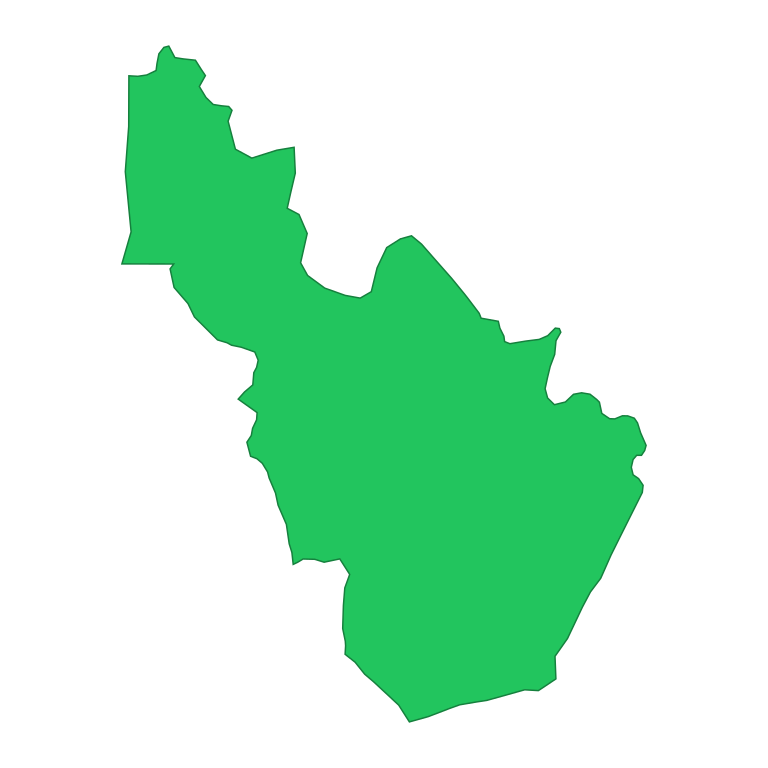 Sapele, Delta, Nigeria (Natural Earth projection)
{"feature_id": "59680162B63156374952276", "entity_name": "Sapele", "entity_type": "district", "adm_level": 2, "iso_a3": "NGA", "parent_name": "Nigeria", "parent_adm1": "Delta", "projection": "natural_earth1", "projection_center": [5.624, 5.87], "detail": "fine", "context": "isolated", "style": "filled", "palette": "green", "viewbox_px": 768, "rotation_deg": 0, "n_neighbors": 0, "source": "geoboundaries", "source_scale": "gbopen_adm2", "svg_char_len": 2025}
<svg xmlns="http://www.w3.org/2000/svg" viewBox="0 0 768 768"><path d="M293.2,564.4L297.6,562.3L303.1,559.0L314.8,559.3L324.1,562.2L339.8,558.9L349.7,574.4L344.8,587.9L343.4,605.5L342.7,628.5L345.3,641.2L345.6,645.8L345.1,654.3L355.1,662.2L364.7,674.2L373.4,681.6L398.7,705.1L409.4,721.9L428.3,716.6L449.7,708.4L459.7,704.8L476.2,702.0L486.8,700.4L524.7,689.8L538.4,690.6L555.9,678.9L555.0,656.3L567.5,638.5L582.4,607.1L590.4,592.0L600.7,578.3L602.1,575.2L611.0,555.1L621.2,534.6L642.3,492.5L643.1,485.3L638.6,478.6L633.1,474.8L631.3,467.3L633.1,459.5L636.7,455.3L641.5,455.3L644.7,450.5L646.1,445.4L640.6,432.8L637.5,422.9L634.3,418.2L627.8,415.9L622.4,415.8L614.8,418.9L609.6,418.7L601.8,413.4L599.4,402.2L596.6,399.4L590.0,394.2L581.6,392.8L573.5,394.3L565.4,402.0L554.4,404.7L547.6,398.0L545.1,388.7L547.4,378.0L550.2,366.4L554.7,354.4L556.0,340.7L560.8,332.2L559.3,328.6L555.3,328.1L547.7,335.7L539.2,339.4L525.7,341.1L509.9,343.7L504.6,341.6L503.9,336.2L499.9,328.2L498.3,321.3L481.1,318.2L479.2,313.3L467.3,297.6L464.3,293.8L451.6,278.3L434.4,258.8L421.6,244.2L411.5,235.8L400.4,238.9L386.7,247.6L377.1,267.8L371.3,291.7L360.2,298.1L345.2,295.4L324.7,288.1L307.6,275.5L300.6,262.8L307.2,233.5L299.0,214.5L287.2,208.3L290.8,192.2L295.3,173.1L294.1,147.3L276.8,150.2L251.8,158.1L235.4,149.2L228.1,121.2L232.0,110.3L228.7,106.5L221.5,105.8L213.2,104.5L206.0,97.5L199.3,86.5L205.4,75.6L201.5,69.8L195.4,60.2L183.2,58.9L174.9,57.6L168.8,46.1L163.9,47.4L158.9,53.8L157.0,63.5L156.1,70.5L146.7,75.0L137.8,76.3L128.9,75.8L128.7,126.5L125.3,171.7L131.1,231.9L121.9,263.9L173.7,264.0L170.1,268.9L174.1,287.5L188.0,303.6L194.4,316.9L217.5,339.9L227.2,342.8L231.5,345.2L241.2,347.2L254.8,352.0L258.2,360.2L256.6,367.4L253.8,372.7L253.1,381.3L252.8,384.9L244.5,392.0L238.2,399.1L257.1,412.6L256.6,419.8L252.6,428.3L251.3,435.5L246.9,442.2L250.6,456.3L256.9,458.7L262.3,463.3L267.6,472.0L269.1,477.9L275.5,493.0L278.1,505.2L286.4,524.4L289.2,543.8L291.9,552.5L293.2,564.4Z" fill="#22c55e" stroke="#15803d" stroke-width="1.5"/></svg>